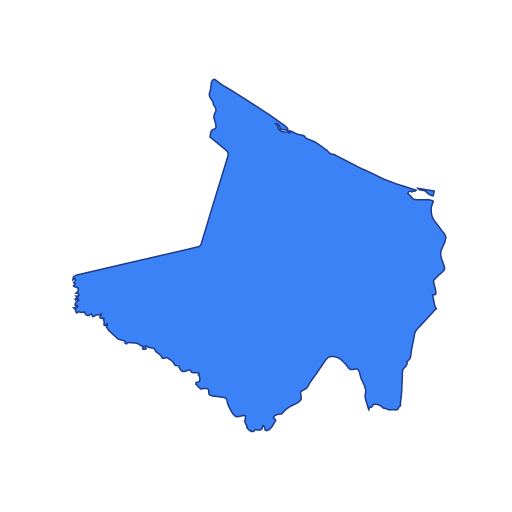 an SVG outline of Chiapas, rotated 167°
{"feature_id": "MEX-2735", "entity_name": "Chiapas", "entity_type": "State", "adm_level": 1, "iso_a3": "MEX", "parent_name": "Mexico", "parent_adm1": "", "projection": "mercator", "projection_center": [-92.17, 16.27], "detail": "fine", "context": "isolated", "style": "filled", "palette": "blue", "viewbox_px": 512, "rotation_deg": 167, "n_neighbors": 0, "source": "natural_earth", "source_scale": "10m", "svg_char_len": 6008}
<svg xmlns="http://www.w3.org/2000/svg" viewBox="0 0 512 512"><g transform="rotate(167 256 256)"><path d="M338.8,152.9L338.3,152.9L337.9,154.6L340.2,155.7L343.3,156.3L344.9,157.2L345.7,159.7L347.8,160.1L350.5,159.6L353.2,159.8L354.4,160.7L355.2,162.4L355.8,164.3L356.0,166.0L356.4,166.6L358.5,167.2L359.4,167.7L359.8,168.5L360.3,170.3L360.8,171.4L361.7,172.9L365.3,176.8L366.3,177.2L368.7,177.0L369.8,177.2L370.4,177.8L370.9,179.9L371.3,180.8L374.8,185.1L375.4,186.2L375.8,188.4L377.1,189.5L380.9,190.9L381.5,191.4L382.8,192.8L383.3,193.1L384.3,192.6L384.2,191.6L383.8,190.7L384.0,190.2L385.8,190.2L387.1,190.5L387.4,191.3L385.8,193.1L387.8,194.1L390.8,197.1L392.7,198.2L399.6,200.3L400.8,200.3L401.8,199.5L403.1,200.3L403.1,201.0L402.8,202.3L404.3,203.5L407.9,205.4L409.4,206.5L416.2,216.5L417.6,220.3L416.2,222.7L416.2,223.4L417.1,223.2L417.6,223.1L418.0,222.7L418.3,222.0L419.6,222.8L419.3,224.3L418.6,226.1L419.0,227.8L418.2,229.4L419.0,229.8L420.6,229.9L421.8,230.7L421.8,231.8L421.1,232.6L420.2,233.3L419.7,234.3L420.9,234.0L422.6,234.0L424.0,234.3L424.6,234.6L425.1,234.4L427.7,233.6L428.7,233.6L429.2,235.8L429.8,236.8L432.2,235.6L433.4,235.9L434.3,236.6L434.9,237.2L435.5,238.4L435.3,239.3L435.6,239.9L438.8,240.3L439.8,240.7L440.6,241.2L441.2,241.5L442.3,241.3L443.2,240.9L443.8,241.1L444.0,242.6L444.0,244.0L444.1,244.6L445.3,246.5L443.7,246.1L442.4,246.0L441.4,246.6L441.2,248.1L441.8,248.1L441.8,247.3L442.5,247.3L443.4,248.6L442.8,250.3L441.3,251.8L439.4,252.4L438.7,252.8L439.7,253.5L441.2,254.1L441.8,253.8L441.8,254.9L441.2,255.2L440.4,254.9L439.8,254.5L439.7,254.8L439.7,255.1L439.1,255.2L439.5,255.7L440.1,256.9L440.5,257.5L439.2,257.3L438.8,257.1L438.4,256.7L437.2,257.9L437.4,259.0L438.4,259.8L439.8,260.3L438.6,260.9L437.3,261.9L436.6,263.3L437.0,265.3L439.9,267.0L440.6,268.0L438.4,269.0L438.4,269.6L439.7,270.9L437.2,272.9L437.6,274.7L438.4,274.7L438.8,274.3L438.9,274.2L439.2,274.2L439.8,273.9L439.5,274.8L438.8,276.3L438.4,276.8L436.6,277.5L434.6,277.8L425.5,277.8L383.7,277.9L369.8,277.9L355.8,277.9L328.0,277.9L309.4,278.0L307.8,278.8L306.6,280.3L304.3,284.3L302.4,287.6L297.5,296.1L290.6,308.2L282.6,322.1L274.6,335.9L260.8,359.8L260.2,361.6L260.2,363.6L261.0,365.3L274.1,382.4L272.1,387.0L271.0,388.2L269.7,388.8L268.4,389.0L267.1,389.3L265.9,390.5L265.6,394.0L265.9,400.5L264.7,403.6L262.6,406.1L262.1,407.3L262.2,409.5L262.4,410.4L263.4,413.0L263.4,413.8L263.3,415.3L263.4,416.1L265.2,421.2L265.3,423.2L264.9,424.8L262.7,428.8L260.5,435.0L258.7,437.2L256.6,437.5L256.2,437.1L250.6,430.4L242.9,423.1L230.2,410.3L210.8,390.2L198.1,375.9L196.5,373.2L196.6,371.1L198.2,372.0L202.6,373.5L203.5,374.4L203.7,376.3L204.3,378.3L205.4,379.8L207.0,380.4L205.9,378.3L205.1,374.0L203.8,372.2L202.4,371.3L200.4,370.4L198.2,369.9L196.6,370.3L196.3,368.6L195.2,368.3L194.6,369.0L195.9,370.3L194.2,370.1L188.2,365.3L184.1,363.5L182.1,362.3L180.6,359.3L172.5,353.6L163.2,343.1L161.4,340.1L160.3,338.7L157.3,337.5L132.8,316.7L131.1,315.8L114.1,302.1L103.7,295.1L85.1,284.1L86.3,283.5L88.7,283.7L89.9,283.4L90.6,284.5L91.7,284.6L93.0,283.9L94.1,282.6L92.1,280.1L91.0,277.8L89.7,275.9L87.1,274.7L75.0,272.0L71.9,270.4L70.9,269.5L71.5,268.4L72.4,267.1L73.3,265.7L74.1,264.3L74.7,262.5L75.1,260.5L75.4,258.4L75.6,256.5L75.3,253.4L74.1,249.8L72.5,246.3L71.2,243.6L69.6,239.6L68.7,237.7L67.6,235.8L66.7,231.6L68.7,227.3L71.9,223.1L74.5,219.5L75.3,217.5L75.8,215.4L75.9,213.3L75.8,211.0L75.5,208.7L75.1,205.8L74.8,203.0L75.2,200.9L76.4,199.5L78.5,198.2L80.8,197.0L82.5,196.1L88.3,192.4L88.8,191.2L88.8,189.0L88.7,185.3L88.7,182.6L88.9,179.7L90.0,178.0L92.7,178.5L92.7,177.8L92.7,177.0L92.8,176.2L92.7,175.5L92.8,172.7L93.0,169.6L92.9,166.6L92.1,163.9L93.5,163.4L94.7,162.7L97.1,160.9L111.9,150.8L114.0,149.5L116.1,148.0L117.9,146.3L119.1,144.2L120.8,140.0L123.6,134.0L125.0,130.9L126.3,127.9L127.2,125.2L127.6,123.8L128.1,123.2L128.7,121.9L129.3,121.2L131.0,120.1L131.4,119.7L132.0,119.4L132.4,119.4L132.7,119.1L132.9,117.3L133.2,116.7L134.2,115.5L135.6,114.3L137.2,113.3L138.5,112.3L139.1,110.7L139.9,108.7L140.2,106.7L140.7,105.0L142.5,98.7L144.2,92.3L146.2,86.1L148.5,79.9L148.8,77.6L149.9,77.2L150.6,76.8L151.9,75.1L153.0,74.5L154.5,74.6L157.0,75.5L160.6,76.0L161.6,76.5L163.6,78.0L166.1,79.1L168.3,82.1L171.6,84.4L174.9,85.0L177.2,82.8L179.3,83.1L180.6,80.9L180.9,82.8L181.0,83.4L181.0,85.6L181.1,86.4L181.2,88.3L181.4,90.2L181.5,92.1L181.4,94.0L181.0,95.7L180.4,97.2L179.8,98.7L179.3,100.5L179.4,104.8L180.3,109.0L181.2,113.3L181.3,117.7L181.5,120.4L182.1,122.4L183.6,123.5L186.2,123.5L189.5,124.1L191.2,126.2L192.3,129.2L194.2,132.4L195.2,134.0L196.4,135.7L197.7,137.3L199.1,138.5L201.9,140.2L205.2,141.2L208.4,141.1L211.2,139.2L212.0,138.5L212.4,138.1L212.8,137.8L217.4,133.5L219.0,132.1L222.0,129.3L223.0,128.3L231.7,120.7L233.3,118.9L235.1,117.0L237.1,115.5L239.3,114.9L242.8,113.8L243.6,111.9L243.5,109.3L244.3,106.0L246.8,104.3L250.3,103.1L254.0,102.3L257.1,101.5L259.6,100.5L262.1,99.3L264.5,97.8L266.5,96.3L269.7,96.8L273.4,96.4L275.4,94.8L273.7,91.6L276.2,88.8L279.0,85.9L282.0,83.9L284.2,83.5L284.9,83.4L286.2,84.2L286.2,87.8L287.3,89.3L288.0,88.3L288.4,87.2L289.0,86.3L290.1,85.7L291.6,85.5L293.0,85.9L295.6,87.1L297.7,85.6L299.8,86.0L301.8,87.7L303.2,90.1L303.4,90.8L303.2,92.9L303.4,93.5L303.6,94.0L303.8,94.5L304.2,97.8L303.6,98.8L302.6,100.8L302.3,102.6L303.6,103.4L305.8,103.4L307.9,103.4L309.9,103.5L312.0,104.2L313.9,107.2L315.2,110.8L316.1,114.6L316.8,118.1L316.9,119.3L316.9,120.4L316.8,121.3L316.7,122.4L317.4,124.2L319.1,125.4L321.2,126.2L323.0,126.9L323.7,127.1L324.0,127.3L324.4,127.4L326.2,128.1L328.4,128.8L330.4,129.6L331.1,130.3L332.0,130.7L332.8,131.4L332.8,133.0L332.3,136.1L332.8,137.3L334.1,138.1L335.5,138.5L336.9,138.7L339.0,138.6L339.8,139.0L340.7,140.1L343.1,144.2L343.4,144.5L343.1,146.0L342.0,146.3L340.5,146.2L339.2,146.7L338.7,147.7L338.2,149.4L338.2,151.1L338.5,152.5L338.8,152.9ZM69.8,274.8L71.0,275.2L73.6,277.2L76.3,281.0L77.4,281.9L80.8,283.3L82.3,284.2L83.0,285.5L67.7,279.2L69.8,274.8Z" fill="#3b82f6" stroke="#1e3a8a" stroke-width="1.5"/></g></svg>